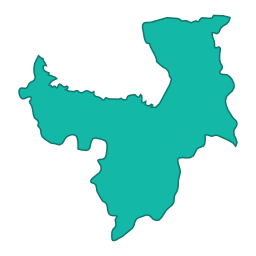 Ryanggang, Albers equal-area conic projection
{"feature_id": "PRK-3314", "entity_name": "Ryanggang", "entity_type": "Province", "adm_level": 1, "iso_a3": "PRK", "parent_name": "North Korea", "parent_adm1": "", "projection": "albers", "projection_center": [127.851, 41.225], "detail": "fine", "context": "isolated", "style": "filled", "palette": "teal", "viewbox_px": 256, "rotation_deg": 0, "n_neighbors": 0, "source": "natural_earth", "source_scale": "10m", "svg_char_len": 4440}
<svg xmlns="http://www.w3.org/2000/svg" viewBox="0 0 256 256"><path d="M213.5,15.4L223.3,15.8L230.0,17.5L229.8,18.7L228.6,21.7L226.8,23.7L222.3,26.5L220.4,28.7L219.3,31.4L218.5,32.6L217.5,33.5L216.1,33.6L213.5,32.5L212.1,32.9L212.4,35.9L212.7,37.2L214.0,40.8L214.3,41.9L214.5,43.2L214.6,45.5L214.7,46.8L215.2,47.7L216.0,47.9L218.5,47.0L219.4,47.1L220.2,48.2L220.3,49.7L219.8,53.3L219.6,55.2L219.7,59.9L220.0,61.7L220.6,63.2L222.1,65.8L222.3,67.4L221.7,69.2L220.5,70.6L219.7,71.9L220.2,73.5L221.6,74.3L227.0,74.8L229.7,76.6L232.3,79.9L233.9,83.8L234.1,87.6L232.1,91.1L229.1,93.7L226.5,96.5L225.4,100.9L226.2,105.5L227.9,109.8L232.4,117.1L233.7,118.6L235.1,119.9L236.4,121.4L237.0,123.5L236.6,125.7L234.4,129.3L233.7,131.2L234.2,135.2L235.9,138.9L237.0,142.5L235.7,146.2L232.8,142.8L228.9,140.5L218.1,135.6L216.5,135.2L215.0,135.3L212.5,136.1L211.3,136.2L207.0,134.8L205.4,135.0L205.1,136.7L205.2,138.4L205.1,140.7L204.8,143.0L204.4,144.7L203.1,146.2L198.9,147.7L197.2,148.8L196.1,150.6L194.2,154.4L193.0,156.1L190.0,157.7L186.4,157.9L182.6,157.6L179.3,157.8L177.6,159.8L178.2,163.5L179.5,167.7L180.3,171.3L180.0,173.6L178.8,178.2L178.4,180.6L178.2,185.5L177.9,187.9L177.3,190.3L176.6,191.9L175.0,194.6L174.4,196.3L173.9,201.5L173.4,203.1L172.2,204.9L167.3,209.1L165.8,210.9L161.7,217.3L159.0,220.0L156.0,220.4L153.0,219.0L150.4,216.4L149.1,215.4L147.6,215.0L146.0,215.1L137.9,218.0L136.4,219.2L135.4,220.8L134.7,222.6L134.1,224.8L133.2,226.9L131.9,228.7L122.4,236.3L115.7,240.1L113.8,240.6L112.6,240.3L112.0,238.9L111.8,236.3L111.9,232.6L112.3,231.0L113.1,229.3L115.1,227.1L115.7,226.0L116.0,224.1L115.7,222.2L115.3,220.7L115.3,219.3L116.4,217.7L117.1,216.3L115.8,215.7L112.5,215.6L111.2,215.3L110.1,214.9L109.2,214.1L108.4,212.7L107.8,210.5L107.1,205.5L106.2,203.5L105.0,202.4L103.8,201.8L102.6,201.0L101.5,199.4L97.3,191.9L96.8,190.3L96.3,186.6L95.7,184.9L94.2,183.5L92.4,183.0L91.0,182.3L90.8,180.6L91.7,179.1L93.1,177.7L99.5,172.6L101.2,169.5L100.9,166.0L98.4,161.9L97.9,160.3L99.3,159.5L102.4,159.3L103.9,158.7L105.1,157.7L105.9,156.1L106.3,154.2L107.0,149.0L107.1,144.6L105.8,141.2L102.1,139.4L95.2,137.9L92.4,139.0L90.8,143.0L90.3,145.7L89.7,148.0L88.5,149.7L86.5,150.4L82.2,150.0L78.0,149.0L78.1,146.1L78.0,142.5L77.5,139.0L76.6,136.4L74.4,134.8L71.4,134.7L68.4,135.8L66.1,137.4L64.6,139.4L63.6,141.5L62.3,143.3L60.2,144.6L58.8,144.7L54.8,143.6L51.6,143.2L50.3,142.7L44.4,138.7L42.5,137.0L41.2,134.3L40.7,130.5L40.3,128.8L39.2,127.4L38.0,125.9L37.9,125.0L38.3,124.2L38.6,122.8L37.9,120.7L34.5,117.8L33.5,115.1L32.8,110.4L32.3,108.1L31.6,105.8L29.8,102.7L29.5,101.8L29.8,100.9L31.2,99.4L31.4,98.4L30.9,97.2L29.9,96.8L28.8,96.9L27.9,97.1L24.2,98.7L22.4,98.8L20.5,97.2L19.8,95.7L19.2,93.6L19.0,91.4L19.3,89.7L20.4,88.3L21.8,88.0L24.7,88.4L26.5,88.0L27.5,86.9L28.2,85.3L29.2,83.5L30.8,82.2L32.6,81.4L34.2,80.2L35.1,78.2L35.2,77.0L35.0,76.1L34.4,74.1L34.0,71.0L34.0,67.8L34.7,63.6L36.3,60.0L38.2,56.5L38.5,55.7L41.9,58.6L42.9,58.4L43.3,60.3L45.5,63.8L46.3,65.6L44.6,65.3L43.5,65.9L43.1,67.3L43.5,69.3L44.4,70.7L46.0,71.7L49.1,73.0L48.8,73.6L48.3,74.9L50.0,75.2L55.3,77.4L56.7,78.7L54.5,79.6L52.3,80.8L50.4,82.7L49.0,85.2L49.7,85.3L50.6,85.5L51.4,86.0L52.0,87.3L52.8,87.0L54.2,86.1L55.2,86.4L55.7,87.1L56.1,87.7L56.6,88.0L57.4,87.4L58.8,84.6L59.5,84.1L61.0,84.8L63.3,86.6L64.7,86.9L65.6,86.7L66.4,86.2L67.1,86.2L67.8,86.9L67.9,87.9L67.3,88.7L66.4,89.4L65.8,89.7L67.5,90.5L69.4,91.2L73.4,91.6L74.4,91.5L76.2,90.7L77.0,90.6L78.0,91.0L78.7,91.7L79.3,92.3L79.7,92.6L81.9,92.8L83.5,92.1L85.0,91.2L86.7,90.7L88.5,91.2L90.2,92.2L92.0,92.7L93.8,91.7L93.9,94.8L95.4,96.3L99.3,97.3L102.7,99.7L103.5,100.2L104.4,99.7L105.5,97.9L106.0,97.8L108.8,98.9L118.5,99.2L121.1,98.3L123.0,99.6L125.1,100.0L126.7,99.2L127.4,96.9L128.4,95.9L130.7,95.2L134.8,94.6L137.9,97.4L139.0,96.9L139.8,95.9L140.7,94.6L141.8,96.0L141.9,98.5L141.7,100.9L142.1,102.4L143.0,102.7L144.0,102.4L145.7,101.4L145.4,104.4L147.1,105.8L149.6,105.7L151.2,104.3L152.7,105.1L151.2,107.1L155.5,107.4L159.6,103.6L169.9,84.4L171.5,79.1L169.4,76.1L169.2,73.7L168.0,70.9L166.1,68.6L163.4,67.4L159.5,64.2L156.7,61.6L156.3,58.6L155.2,55.8L150.3,46.5L149.7,43.9L146.3,42.8L145.3,40.9L144.5,38.7L142.5,27.1L142.6,25.0L143.9,23.1L146.0,22.5L150.6,22.4L167.0,17.7L177.3,18.5L179.7,19.3L181.8,21.0L186.5,20.7L190.0,22.4L191.4,22.6L195.6,20.9L196.6,21.1L197.7,21.9L198.7,21.4L200.1,19.3L201.1,18.3L202.1,17.8L209.7,18.4L212.4,17.8L213.5,15.4Z" fill="#14b8a6" stroke="#0f766e" stroke-width="1.5"/></svg>